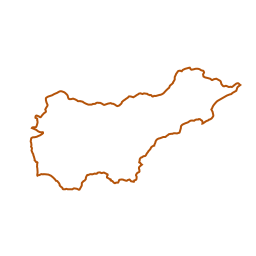 the district of Beteni, Chirang, Bhutan, rotated 20°
{"feature_id": "84629894B72162930081374", "entity_name": "Beteni", "entity_type": "district", "adm_level": 2, "iso_a3": "BTN", "parent_name": "Bhutan", "parent_adm1": "Chirang", "projection": "orthographic", "projection_center": [90.118, 26.902], "detail": "fine", "context": "isolated", "style": "outline", "palette": "amber", "viewbox_px": 256, "rotation_deg": 20, "n_neighbors": 0, "source": "geoboundaries", "source_scale": "gbopen_adm2", "svg_char_len": 5827}
<svg xmlns="http://www.w3.org/2000/svg" viewBox="0 0 256 256"><g transform="rotate(20 128 128)"><path d="M60.2,118.2L59.2,117.5L56.9,116.5L55.7,116.2L53.3,116.2L52.3,116.4L51.4,116.9L50.7,117.6L50.1,118.2L49.8,118.8L47.1,121.3L45.4,123.3L42.2,125.8L40.9,127.4L40.7,128.0L40.8,128.6L41.4,130.0L42.7,131.9L44.5,133.8L44.7,134.6L44.6,135.2L44.2,136.9L44.0,138.4L43.9,138.8L45.0,140.1L45.2,140.5L45.2,140.8L45.2,141.1L44.7,141.9L44.1,142.7L43.4,144.3L42.8,145.8L42.6,146.8L42.2,147.7L41.8,147.9L41.0,147.8L40.5,147.6L38.7,147.5L37.7,147.6L37.4,147.9L37.2,148.3L37.2,148.9L37.4,149.8L37.6,150.1L39.2,150.2L39.5,150.4L39.7,150.7L40.0,151.8L40.5,152.3L41.2,154.0L41.4,156.6L41.4,157.8L41.3,158.4L41.0,158.7L40.1,159.2L38.5,159.8L37.8,160.4L37.7,160.9L42.0,161.1L42.6,161.2L44.8,161.9L46.4,162.0L48.1,161.7L49.0,161.2L49.6,161.2L49.9,162.0L49.3,163.1L47.9,164.9L46.8,165.9L46.2,166.4L45.9,166.9L44.6,167.9L43.2,168.7L42.2,169.1L41.5,169.5L40.7,170.5L40.6,170.9L41.1,173.7L41.3,174.2L42.0,174.9L42.5,175.9L42.9,176.6L43.3,177.8L43.3,178.7L44.5,179.6L44.7,180.0L45.1,182.3L45.7,182.8L46.0,183.2L46.7,184.0L47.9,185.0L48.2,185.6L48.7,186.4L49.1,186.7L51.1,189.5L51.3,190.3L52.5,190.8L53.2,191.4L53.6,191.4L54.4,191.2L54.8,191.5L55.0,193.1L55.2,193.7L55.4,194.1L55.7,195.4L56.6,196.9L58.1,200.3L58.3,200.9L58.8,203.3L59.2,203.7L59.4,203.4L60.8,202.5L62.3,201.0L64.0,200.6L64.6,200.2L66.3,199.7L69.2,199.0L72.0,199.2L74.8,200.2L76.0,200.8L77.1,201.3L78.3,202.2L78.6,202.1L79.8,202.1L80.7,202.7L81.5,203.1L82.2,203.6L83.2,204.6L83.3,205.1L83.7,205.5L85.3,206.2L86.7,206.6L87.4,207.5L87.8,207.7L88.2,207.7L89.9,207.1L90.6,206.4L91.2,206.2L92.2,206.2L94.0,205.6L95.2,205.1L96.3,204.8L96.7,204.6L97.6,203.4L98.2,203.1L100.7,202.6L103.0,202.8L103.5,202.4L104.2,198.2L104.1,197.4L103.5,195.7L103.5,195.1L104.1,193.8L104.3,193.2L105.1,192.4L105.6,191.2L105.8,190.3L105.5,189.6L105.4,188.5L105.6,186.7L105.7,186.4L105.9,186.0L106.5,185.9L108.2,184.4L109.1,184.0L110.0,183.9L110.5,183.6L112.3,182.2L113.5,182.0L113.9,181.8L114.3,181.6L114.7,180.8L114.7,180.5L115.9,179.7L116.9,179.3L118.3,179.5L118.8,179.3L120.6,178.1L124.1,178.5L124.7,178.6L125.0,179.2L124.8,180.2L124.9,181.1L125.2,181.7L128.1,182.2L129.3,182.2L129.6,182.5L129.6,183.2L129.9,183.3L131.5,183.2L133.1,184.1L134.3,184.4L134.8,184.2L135.5,183.4L137.3,182.7L137.5,181.9L137.5,180.4L137.5,180.0L137.7,179.6L139.5,178.6L140.2,178.4L141.1,178.2L142.4,178.3L143.3,178.2L144.3,178.2L145.0,177.9L145.5,177.1L146.2,176.5L147.1,175.9L147.9,176.3L149.1,177.0L150.8,176.7L151.4,176.7L151.9,176.5L151.9,175.7L151.8,175.2L153.0,174.2L153.3,173.8L153.4,173.0L152.9,171.1L152.7,170.7L151.8,169.9L151.6,169.4L151.7,168.4L152.1,167.1L152.5,166.6L153.4,165.7L153.6,165.3L153.6,164.7L153.3,164.2L153.0,163.4L152.3,162.6L152.0,161.9L151.8,161.2L152.2,160.1L153.3,158.2L153.6,157.7L152.4,157.3L151.4,156.6L150.6,156.6L150.3,156.5L150.0,154.2L149.7,153.3L149.9,152.2L150.5,151.1L151.2,150.7L152.1,149.3L153.6,148.5L154.0,147.9L154.3,146.7L154.3,145.8L155.0,143.7L155.1,142.8L155.6,141.8L156.3,139.7L156.3,138.7L156.6,137.7L157.8,136.2L158.7,135.6L158.5,135.0L158.7,132.4L158.5,131.1L158.9,129.4L159.4,128.5L160.3,127.5L161.8,126.5L164.2,124.4L166.3,123.6L167.0,122.2L167.9,121.1L168.1,120.6L168.5,119.9L170.1,118.9L171.8,118.2L172.5,117.5L173.5,117.0L176.0,116.3L177.6,115.0L177.9,114.8L178.0,114.3L177.7,110.0L177.3,108.7L177.3,107.6L177.5,107.3L177.8,106.6L178.2,106.0L180.2,104.0L182.3,102.3L183.9,100.1L184.5,99.6L185.5,99.1L187.4,98.6L187.7,98.5L188.5,97.3L189.2,96.8L189.9,96.4L191.0,96.1L191.5,95.4L192.5,95.1L193.6,95.5L195.0,95.8L195.9,96.7L196.2,97.4L196.4,98.4L196.7,98.2L197.1,97.7L199.3,94.6L200.5,93.7L201.3,92.4L201.8,92.2L203.2,90.6L203.6,89.5L204.0,88.0L204.0,87.3L203.5,86.3L201.9,83.8L200.0,82.1L200.3,80.4L200.3,79.4L200.5,77.9L200.9,76.5L201.6,74.6L202.3,72.9L202.9,71.9L209.9,63.6L212.2,61.6L213.2,61.0L213.5,60.7L214.2,59.3L217.0,56.0L217.0,55.2L216.9,52.9L217.0,52.1L217.6,51.1L218.8,49.2L218.4,49.1L216.8,48.4L216.0,48.3L214.9,49.0L214.4,49.5L213.7,50.7L213.3,51.2L212.7,52.4L211.9,53.6L211.6,54.0L210.4,54.1L209.6,54.6L208.6,55.0L206.0,54.8L205.5,54.9L204.0,56.0L203.1,56.1L201.6,55.3L200.6,54.6L199.7,53.2L199.1,52.5L198.3,52.1L195.0,51.6L194.1,51.5L192.0,52.8L190.8,54.1L190.4,54.2L190.1,54.2L188.5,53.6L185.6,53.8L183.2,54.1L181.7,53.9L181.3,53.8L180.2,51.9L180.2,51.6L180.5,50.2L180.4,49.6L179.5,48.7L179.0,48.5L177.7,48.7L176.9,48.7L175.3,48.3L174.2,48.3L172.8,48.6L171.1,49.3L169.6,50.4L167.8,51.5L166.8,51.4L166.4,50.9L165.4,50.2L164.8,50.5L161.4,52.9L160.0,54.3L159.5,54.9L159.1,56.3L158.7,56.4L157.3,56.3L155.8,57.2L155.6,57.6L155.4,58.2L155.0,59.8L154.8,60.3L154.7,60.9L154.7,62.1L154.5,63.9L154.7,64.8L155.3,66.4L155.2,67.4L154.7,69.8L154.9,70.1L154.7,70.7L154.1,71.9L153.4,73.0L153.2,73.5L152.9,73.9L152.9,75.3L152.9,76.1L152.3,77.0L151.0,79.6L149.5,83.2L148.4,84.6L147.2,85.7L146.5,86.0L143.2,88.4L141.5,88.9L141.2,89.4L140.6,89.9L140.2,90.0L139.7,89.9L138.8,89.3L138.1,89.2L137.3,89.7L136.7,89.7L134.9,89.6L134.4,89.3L133.6,89.5L131.2,90.0L130.0,91.1L127.7,91.2L126.5,92.0L125.9,93.0L124.8,94.2L124.0,95.5L123.0,96.6L122.8,97.0L122.5,97.3L120.2,97.4L119.2,97.6L118.1,98.0L117.8,98.6L117.7,99.0L117.4,99.6L115.7,101.9L115.3,102.7L114.5,103.6L113.4,105.7L113.5,106.7L113.2,107.8L112.6,108.7L112.3,109.6L112.0,109.9L111.5,110.3L111.1,110.7L110.4,111.1L109.0,110.9L107.7,110.5L105.9,110.3L104.4,110.7L103.3,110.5L100.9,111.9L98.0,114.3L97.2,114.5L94.8,114.0L93.2,113.9L92.0,114.4L91.2,114.5L90.4,114.8L89.6,115.3L89.2,116.2L88.7,116.6L86.8,117.4L86.3,118.0L85.5,118.6L83.8,119.2L83.4,119.4L83.1,119.5L82.1,119.6L79.7,119.5L77.1,119.1L76.6,118.8L75.1,118.9L74.8,119.1L74.1,119.0L72.4,119.7L71.6,119.9L70.7,119.5L69.8,119.4L68.9,119.2L66.3,119.2L64.9,120.2L63.9,120.6L63.0,120.9L62.2,120.8L61.2,119.7L60.2,118.2Z" fill="none" stroke="#b45309" stroke-width="2"/></g></svg>